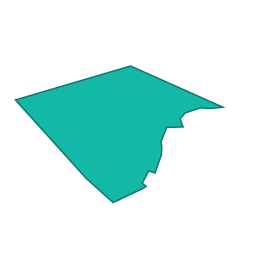 Awerial, Lakes, South Sudan (Natural Earth projection), rotated 160°
{"feature_id": "79223893B81946287385268", "entity_name": "Awerial", "entity_type": "district", "adm_level": 2, "iso_a3": "SSD", "parent_name": "South Sudan", "parent_adm1": "Lakes", "projection": "natural_earth1", "projection_center": [31.08, 6.188], "detail": "fine", "context": "isolated", "style": "filled", "palette": "teal", "viewbox_px": 256, "rotation_deg": 160, "n_neighbors": 0, "source": "geoboundaries", "source_scale": "gbopen_adm2", "svg_char_len": 395}
<svg xmlns="http://www.w3.org/2000/svg" viewBox="0 0 256 256"><g transform="rotate(160 128 128)"><path d="M224.2,192.9L184.6,95.1L167.6,63.1L134.2,66.1L130.9,66.9L133.5,71.2L123.2,80.6L118.0,76.4L105.8,91.4L102.9,98.2L101.7,103.8L91.4,115.3L75.9,110.2L75.9,118.8L69.2,122.6L53.0,122.2L44.1,118.3L31.8,115.1L104.4,185.4L224.2,192.9Z" fill="#14b8a6" stroke="#0f766e" stroke-width="1.5"/></g></svg>